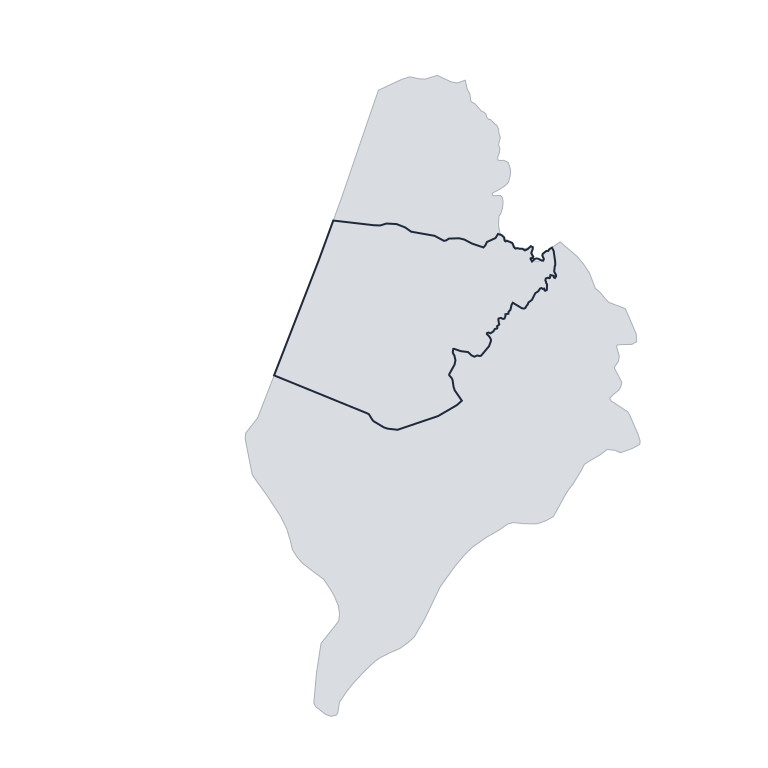 Syria, with Homs (Hims) highlighted, rotated 145°
{"feature_id": "SYR-139", "entity_name": "Homs (Hims)", "entity_type": "Province", "adm_level": 1, "iso_a3": "SYR", "parent_name": "Syria", "parent_adm1": "", "projection": "equal_earth", "projection_center": [37.187, 34.261], "detail": "medium", "context": "in_parent", "style": "outline", "palette": "slate", "viewbox_px": 768, "rotation_deg": 145, "n_neighbors": 0, "source": "natural_earth", "source_scale": "10m", "svg_char_len": 4104}
<svg xmlns="http://www.w3.org/2000/svg" viewBox="0 0 768 768"><g transform="rotate(145 384 384)"><path d="M152.7,273.7L158.2,274.3L169.9,282.0L171.8,281.7L175.4,271.7L178.8,268.3L186.1,265.3L188.2,249.0L191.6,245.9L195.7,244.2L201.9,243.9L207.4,242.9L207.7,240.0L200.2,221.2L200.8,216.5L204.6,197.6L206.9,190.3L209.1,187.9L217.7,188.8L229.8,192.1L233.0,197.5L238.9,202.4L247.7,202.0L257.9,202.9L265.9,203.3L272.3,199.9L286.7,193.6L293.8,191.4L300.3,188.6L321.1,178.3L329.4,179.1L335.1,180.5L339.5,182.1L349.3,189.2L357.5,196.3L363.2,198.4L373.4,198.3L388.2,199.7L406.3,199.6L416.9,197.6L430.4,194.0L454.4,185.6L485.8,168.0L504.3,159.4L512.3,158.4L522.8,158.3L533.3,160.5L545.2,162.1L550.6,162.0L563.4,160.2L580.0,156.7L590.4,153.7L602.9,149.0L610.6,141.0L613.1,140.2L616.4,141.6L618.0,142.2L621.3,146.7L624.9,158.4L624.9,159.7L624.4,163.0L616.3,172.6L605.4,185.6L597.6,193.8L584.3,207.7L574.2,210.7L557.2,215.7L552.7,220.6L548.6,228.4L546.3,239.2L545.7,245.9L545.4,258.5L549.7,271.5L553.7,284.1L554.4,292.4L554.1,300.6L550.6,309.3L546.7,321.3L544.6,334.9L543.8,360.4L544.1,382.1L543.8,385.7L537.0,401.0L529.0,419.0L525.2,423.2L507.1,428.6L487.4,441.8L465.4,456.5L445.3,469.9L424.3,484.0L402.4,498.7L386.8,509.1L365.8,523.2L346.7,536.6L327.2,550.2L312.5,560.5L290.0,576.9L276.9,586.5L257.5,600.6L240.4,613.1L220.1,627.8L194.8,623.4L186.8,620.9L180.2,613.9L175.4,610.1L163.4,606.3L155.8,593.1L151.2,588.4L143.2,586.3L146.7,577.8L147.3,572.3L150.8,565.5L148.7,561.1L147.7,551.6L146.2,549.3L145.6,546.8L146.8,543.8L146.4,540.7L145.0,539.4L144.4,534.6L143.3,531.2L143.9,526.9L145.7,524.2L147.5,518.9L149.7,517.3L153.1,514.0L154.0,510.5L157.0,507.1L161.1,504.4L162.0,502.1L161.4,500.9L157.4,498.4L155.2,494.0L157.2,487.6L158.5,485.6L160.9,482.5L166.4,477.8L170.7,477.0L174.4,477.0L180.6,477.4L185.4,478.3L186.7,477.0L186.5,475.5L180.5,471.6L180.2,468.6L181.7,465.3L186.0,460.1L191.0,456.3L193.6,455.6L199.4,448.0L203.1,439.4L197.2,418.7L193.6,415.4L187.7,412.5L184.3,412.1L184.0,410.8L188.7,405.5L191.9,400.9L188.3,396.6L181.9,394.5L179.4,399.0L171.1,399.4L158.2,399.4L152.6,377.5L151.8,368.1L152.0,357.2L156.0,341.2L154.2,333.8L154.1,328.8L153.1,322.0L143.1,307.3L148.7,280.3L152.7,273.7Z" fill="#d9dde1" stroke="#a8b0b8" stroke-width="1"/><path d="M188.9,400.0L187.1,399.4L185.6,397.9L183.9,394.5L182.8,393.7L181.3,394.8L180.7,398.4L179.3,399.6L174.8,399.9L173.1,398.8L171.5,399.6L168.2,399.4L168.7,395.7L173.8,385.7L175.5,383.2L176.6,382.5L180.2,378.4L180.5,374.7L181.3,373.5L183.2,372.8L183.7,373.9L182.9,375.3L185.2,377.8L187.2,375.8L188.0,375.9L188.8,377.1L191.0,377.6L192.5,376.2L192.6,374.9L193.3,373.5L193.3,372.1L196.6,367.7L198.5,367.9L198.7,368.6L198.1,370.3L199.4,370.8L199.9,372.2L201.4,372.7L204.4,371.5L208.0,371.6L214.5,368.1L219.0,367.9L220.8,366.6L222.2,366.4L224.6,365.2L226.3,365.6L227.7,367.2L231.9,376.7L233.9,375.8L238.0,372.2L240.5,371.7L241.8,370.2L244.6,371.5L245.6,369.9L247.8,368.5L249.2,369.0L250.4,371.2L252.7,371.9L253.6,370.9L255.5,366.6L258.3,366.5L258.6,365.4L259.5,364.6L261.7,365.5L264.0,364.4L267.6,364.4L269.0,366.3L270.6,366.6L271.1,365.6L270.6,363.5L270.6,360.9L270.9,359.2L271.6,358.0L276.3,354.7L288.3,351.5L289.4,351.9L291.3,353.9L294.3,354.5L295.9,357.3L296.8,361.9L302.3,366.9L306.3,372.5L307.1,373.0L309.3,370.8L309.9,369.1L310.0,367.0L311.9,362.4L315.1,359.4L324.8,354.7L325.6,353.7L325.2,350.4L325.5,348.0L328.6,341.9L329.7,338.3L329.8,325.7L336.3,324.9L358.0,326.7L399.1,338.7L406.6,345.3L409.0,348.5L413.8,359.3L414.1,361.1L413.7,367.8L414.4,369.3L469.1,454.1L365.9,523.2L331.8,547.0L301.4,520.0L296.1,516.0L289.9,514.0L282.0,507.8L276.9,500.2L274.4,493.2L257.6,476.4L252.8,466.9L250.9,466.0L247.5,465.9L238.9,460.3L235.3,456.2L231.4,448.6L224.2,438.8L221.1,439.6L218.3,441.3L209.0,439.6L204.5,441.5L202.3,438.6L201.5,435.3L202.7,433.0L202.9,431.7L202.5,431.0L201.0,430.6L198.2,426.4L198.1,424.8L199.1,421.6L198.7,419.6L196.5,418.5L195.4,417.1L193.1,415.5L191.9,412.6L188.9,412.1L184.7,412.7L183.6,410.7L184.8,409.2L188.3,406.8L188.7,402.6L189.8,401.9L191.7,402.9L192.2,402.5L192.5,399.4L188.9,400.0Z" fill="none" stroke="#1e293b" stroke-width="2"/></g></svg>